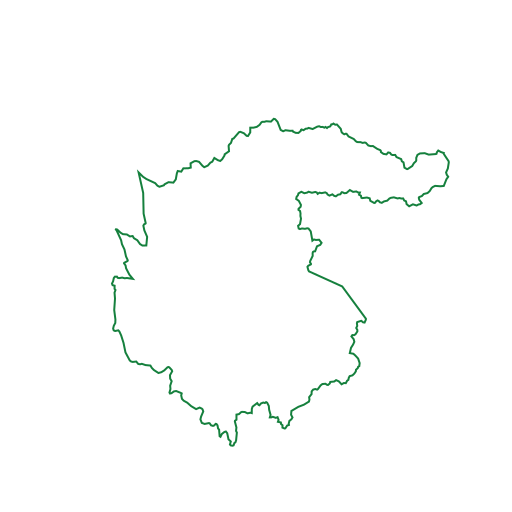 outline of Tarma, Junín, Peru, rotated 28°
{"feature_id": "86281439B39213190692953", "entity_name": "Tarma", "entity_type": "district", "adm_level": 2, "iso_a3": "PER", "parent_name": "Peru", "parent_adm1": "Junín", "projection": "albers", "projection_center": [-75.639, -11.251], "detail": "fine", "context": "isolated", "style": "outline", "palette": "green", "viewbox_px": 512, "rotation_deg": 28, "n_neighbors": 0, "source": "geoboundaries", "source_scale": "gbopen_adm2", "svg_char_len": 6142}
<svg xmlns="http://www.w3.org/2000/svg" viewBox="0 0 512 512"><g transform="rotate(28 256 256)"><path d="M373.3,76.9L370.5,77.4L367.4,77.3L367.0,79.6L367.4,81.0L367.0,81.5L360.9,85.4L356.7,86.0L352.6,88.5L351.1,90.9L351.4,94.1L352.6,96.3L352.7,97.3L351.8,100.0L351.7,103.2L349.0,108.1L348.4,108.4L345.6,108.3L342.3,104.1L340.3,103.9L338.7,102.3L333.6,102.7L331.5,101.4L329.0,102.8L327.8,102.9L325.9,102.0L324.1,102.5L323.5,105.0L320.6,106.0L317.5,105.6L316.9,104.6L316.1,104.2L312.7,104.5L307.6,104.0L305.8,105.1L303.3,105.7L299.9,104.5L298.8,104.7L297.0,106.1L294.8,106.4L291.9,107.9L290.2,107.8L287.4,106.8L281.6,107.0L278.6,105.6L277.8,105.9L276.8,107.1L274.7,106.9L273.4,106.4L271.1,103.9L265.7,101.9L264.3,102.9L262.2,102.7L261.7,103.8L260.7,104.4L260.7,106.7L259.0,108.5L258.6,109.7L256.8,109.4L256.1,110.6L254.3,110.7L252.7,111.7L250.8,111.8L249.3,113.1L246.4,117.3L242.3,118.2L241.5,119.4L240.1,120.3L238.9,122.6L236.8,122.9L236.5,123.5L236.8,124.5L235.7,127.4L233.3,128.6L230.3,128.8L229.5,128.2L227.3,129.5L223.0,131.1L221.4,133.1L218.6,133.1L212.0,127.4L208.7,126.2L207.3,126.5L206.1,130.3L201.8,132.2L200.5,133.5L198.6,134.5L198.0,135.5L197.6,138.5L196.1,141.6L193.6,143.8L190.7,145.4L192.9,149.6L192.6,153.8L191.3,154.3L187.7,153.3L183.9,153.7L182.9,154.6L181.0,162.9L180.1,163.7L180.8,167.9L180.0,170.4L180.1,171.6L183.0,176.2L180.6,180.9L181.0,182.1L180.7,186.5L179.8,188.9L177.3,189.3L173.2,189.0L173.1,193.3L171.9,195.0L171.0,198.8L168.6,201.9L166.4,201.5L161.5,199.6L158.7,200.2L157.1,201.2L154.7,204.9L156.9,208.6L154.9,210.4L150.7,212.7L150.4,216.6L147.0,217.7L147.3,220.1L149.2,226.0L148.6,230.0L144.1,231.9L141.6,235.6L141.5,236.8L138.2,240.2L136.0,240.2L132.8,239.0L123.1,239.5L119.1,239.1L113.1,237.3L126.8,253.3L136.9,271.4L143.2,278.8L143.2,279.3L142.3,280.6L142.3,282.1L145.4,285.8L150.9,290.2L154.2,298.2L150.8,300.1L148.0,299.9L143.8,297.8L139.9,297.6L137.7,296.3L135.5,297.9L131.9,297.6L128.2,299.2L125.4,299.0L121.0,297.8L119.1,298.3L120.7,298.7L129.5,305.4L132.1,308.5L136.8,312.0L141.4,317.4L144.8,320.0L144.9,320.8L142.8,323.9L142.9,324.4L145.3,325.6L147.0,327.8L152.9,331.9L158.0,334.0L152.4,336.0L150.5,337.3L148.0,337.9L145.5,339.8L144.1,340.2L142.9,339.5L141.1,340.5L140.8,342.2L141.7,345.4L141.8,348.0L143.1,349.1L145.1,348.6L146.5,351.4L147.9,352.0L148.3,354.8L151.5,359.8L156.2,370.3L161.7,378.1L163.2,381.2L163.2,384.3L163.9,387.1L165.2,388.4L166.0,388.5L166.9,388.3L169.3,386.3L170.8,386.8L174.2,389.4L179.8,394.9L186.0,402.4L193.6,407.5L195.3,407.8L196.9,407.4L199.8,405.4L202.7,406.6L204.5,406.0L205.8,404.8L209.6,404.2L214.2,402.3L216.5,403.7L219.3,404.6L224.8,405.1L227.0,403.0L228.7,400.1L230.1,395.8L231.0,395.0L232.0,395.1L235.1,396.2L236.1,397.1L236.0,401.6L237.8,404.6L240.3,406.1L241.1,410.8L242.9,413.6L243.7,417.2L244.6,417.8L245.8,416.8L247.1,414.1L248.9,412.7L253.7,412.2L254.9,412.2L255.4,414.2L257.7,416.9L260.1,417.7L264.2,417.8L269.2,419.0L275.0,419.3L277.4,416.3L279.8,416.2L280.8,416.5L282.4,418.0L282.9,423.5L283.6,426.3L286.5,428.8L289.5,428.4L292.9,425.6L293.7,425.5L295.8,426.6L297.8,426.2L298.6,425.3L299.2,423.1L300.0,422.9L301.5,423.6L303.5,426.1L304.9,426.6L308.5,432.2L309.5,432.3L309.4,429.2L310.7,426.2L311.8,425.1L313.8,426.0L317.8,430.8L320.8,431.6L321.5,434.7L322.7,435.1L324.4,434.5L325.1,433.7L324.7,431.3L325.3,430.2L325.0,428.2L322.0,420.9L320.5,419.8L319.2,416.6L315.0,412.0L314.8,411.3L315.6,409.7L313.2,405.2L315.2,403.6L316.1,401.0L316.8,400.2L319.4,399.0L322.4,398.9L324.6,397.0L326.0,396.7L324.1,393.0L323.7,390.6L326.1,385.3L328.2,386.3L329.1,386.2L329.6,383.9L331.2,382.0L332.9,381.6L333.5,380.3L334.7,380.3L337.7,382.4L339.8,385.6L343.5,389.5L344.0,392.0L345.2,391.4L346.3,390.1L349.5,389.6L350.7,388.2L352.9,390.1L353.2,392.1L356.1,391.3L357.0,392.6L358.9,393.0L359.9,395.1L362.2,394.9L362.8,394.4L363.1,391.1L364.4,389.7L363.6,388.7L362.9,385.9L363.9,383.6L364.0,381.4L361.5,379.7L360.0,376.2L364.2,369.3L368.1,364.8L371.1,359.7L370.6,357.7L369.2,355.7L369.9,351.9L368.7,349.4L369.2,347.1L370.8,345.6L372.7,345.3L373.1,344.6L373.8,339.9L374.7,337.9L377.3,336.2L379.1,336.4L380.1,336.1L381.0,333.9L380.7,332.3L384.0,330.1L385.0,328.0L388.0,327.8L391.8,329.1L393.2,326.9L395.0,326.1L395.0,323.4L395.7,322.0L395.1,320.0L395.1,318.1L397.2,316.1L398.0,313.7L398.3,311.0L397.7,309.5L398.5,307.2L398.2,305.9L398.9,304.8L397.8,301.9L394.3,298.6L390.3,297.2L387.9,296.6L384.4,297.7L383.0,292.5L383.3,288.6L383.1,285.6L381.3,283.6L378.0,282.2L378.2,280.6L379.8,279.8L380.6,278.4L380.9,275.0L380.2,273.7L378.3,272.5L378.2,270.2L376.6,267.9L376.4,266.8L379.4,263.8L381.7,264.3L383.1,263.8L382.9,260.7L382.5,259.8L346.4,242.4L310.0,244.7L308.8,243.9L306.5,241.4L306.7,240.1L308.4,237.6L308.2,237.1L306.6,236.2L306.2,235.0L306.0,229.3L304.6,226.8L304.4,225.7L304.8,224.9L306.0,224.1L305.3,218.8L307.5,216.0L307.7,213.6L304.1,212.0L301.4,213.7L299.4,214.2L298.6,216.0L292.8,208.6L289.5,207.1L288.2,207.5L286.5,209.0L283.7,210.1L282.1,211.6L280.8,211.7L279.0,209.6L279.9,207.2L278.2,201.9L276.4,199.8L275.3,197.5L273.8,195.6L271.8,195.3L271.4,194.3L272.3,191.6L271.7,189.8L267.9,187.2L264.7,186.8L264.1,184.8L264.5,182.5L264.1,180.8L265.9,178.0L269.2,177.9L271.5,175.9L272.2,174.6L275.7,173.9L278.3,171.6L279.9,171.4L281.3,172.2L282.3,170.3L284.4,169.7L287.3,167.3L289.0,167.3L290.3,168.1L292.5,168.2L294.5,165.7L296.9,166.2L298.5,165.8L299.7,163.3L301.5,161.9L301.7,159.5L302.6,159.1L304.5,159.1L306.3,157.9L307.9,153.7L311.6,153.8L314.3,151.9L316.3,152.0L317.9,151.2L318.2,153.5L320.3,153.5L321.7,155.1L322.5,155.1L326.5,152.3L329.3,151.7L331.0,153.6L335.5,153.7L336.2,153.0L336.3,151.6L337.2,149.9L338.5,149.8L340.1,150.4L342.1,150.0L343.4,147.7L345.9,145.5L346.8,142.6L347.8,141.3L350.2,139.5L354.0,138.7L355.4,137.5L357.4,137.0L358.9,136.1L360.8,137.4L362.8,137.3L364.6,139.5L367.9,140.2L370.3,136.7L374.1,136.0L375.3,134.2L376.6,133.2L377.4,131.4L373.7,129.7L372.4,128.2L372.4,127.4L374.3,125.2L375.0,122.5L377.9,119.9L378.9,117.1L379.1,113.6L379.7,112.1L381.2,110.0L386.0,107.9L388.9,106.0L388.1,98.8L388.5,95.8L386.3,94.7L384.6,93.0L384.3,88.7L382.3,82.9L381.6,81.9L375.3,78.5L373.3,77.3L373.3,76.9Z" fill="none" stroke="#15803d" stroke-width="2"/></g></svg>